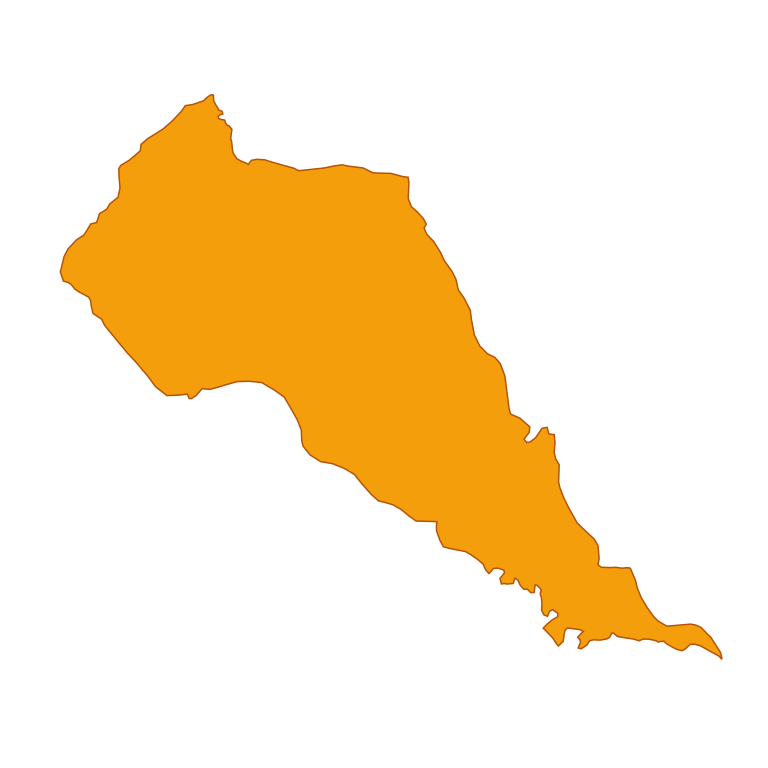 outline of Wedjah, Sinoe, Liberia, rotated 265°
{"feature_id": "62588387B38040387852125", "entity_name": "Wedjah", "entity_type": "district", "adm_level": 2, "iso_a3": "LBR", "parent_name": "Liberia", "parent_adm1": "Sinoe", "projection": "orthographic", "projection_center": [-8.85, 5.295], "detail": "fine", "context": "isolated", "style": "filled", "palette": "amber", "viewbox_px": 768, "rotation_deg": 265, "n_neighbors": 0, "source": "geoboundaries", "source_scale": "gbopen_adm2", "svg_char_len": 3968}
<svg xmlns="http://www.w3.org/2000/svg" viewBox="0 0 768 768"><g transform="rotate(265 384 384)"><path d="M80.7,696.3L81.4,696.7L87.4,695.8L92.0,693.4L100.5,688.9L103.5,687.3L106.3,684.7L113.9,678.6L116.7,673.5L118.1,668.4L118.1,657.7L118.1,650.1L118.1,644.6L120.4,641.4L124.1,636.3L128.5,632.5L131.1,631.0L137.8,627.0L142.1,624.9L148.9,621.6L158.4,618.6L166.5,617.4L179.1,613.3L179.8,610.1L179.8,607.3L179.8,605.0L181.2,598.9L181.4,593.3L182.5,584.5L185.3,581.4L191.3,583.1L204.3,583.1L211.0,580.0L211.9,579.3L216.8,574.8L220.0,571.9L228.6,564.4L244.6,557.2L255.4,553.0L265.7,550.1L271.3,549.4L288.2,551.5L294.6,548.5L300.9,547.6L310.6,549.2L318.7,549.2L319.9,543.9L326.6,542.7L326.1,537.6L317.3,530.4L313.4,524.3L313.4,521.0L316.8,518.7L323.3,524.5L328.6,525.5L338.1,516.4L343.0,507.5L348.8,506.4L357.5,506.1L360.5,506.0L381.5,505.1L394.2,501.6L400.9,496.7L405.1,489.7L413.4,482.8L425.0,478.3L440.5,476.7L449.9,476.4L462.6,471.2L471.2,466.3L473.9,465.9L479.2,465.2L482.3,464.7L489.9,461.7L501.9,454.7L510.3,451.7L519.1,447.2L521.4,446.1L529.2,439.8L534.9,437.8L535.7,437.5L539.6,440.0L545.1,437.8L552.7,432.0L558.3,426.7L566.6,424.3L582.6,426.4L587.9,426.0L588.1,424.8L589.0,420.8L593.2,409.2L594.4,398.7L595.3,391.5L601.0,382.1L602.1,377.2L604.2,367.4L606.0,361.4L605.6,353.4L604.4,343.4L603.9,317.7L606.9,312.8L611.5,300.5L615.2,290.7L617.7,284.9L618.9,276.7L618.4,271.4L614.6,267.9L616.1,265.8L618.4,261.3L621.2,257.1L627.5,253.7L632.1,253.4L638.1,253.4L642.3,252.7L650.9,254.7L654.7,252.1L655.3,250.5L657.9,248.9L660.9,248.2L661.8,244.5L663.0,242.4L665.1,242.1L666.7,244.5L666.7,246.8L668.5,246.8L669.9,246.3L671.5,242.8L672.7,242.8L676.9,240.7L680.6,239.1L684.0,239.1L686.6,239.3L687.3,237.3L685.9,234.2L681.8,228.7L679.1,217.7L678.6,210.3L673.6,206.2L664.5,196.0L657.2,185.9L648.9,169.8L643.9,162.9L637.5,161.5L629.3,150.0L624.7,140.8L621.5,138.5L613.3,138.1L602.3,138.1L593.2,135.3L587.3,126.5L582.2,122.9L578.6,115.5L569.9,111.8L569.0,105.8L562.6,101.2L558.5,98.0L554.4,90.2L546.1,81.0L538.8,76.4L523.7,71.3L522.8,71.6L519.4,72.4L514.4,73.6L512.7,78.3L510.3,81.2L505.6,84.2L502.4,88.0L496.3,97.4L492.8,98.9L487.2,99.2L479.6,100.3L473.2,108.3L467.0,110.7L462.6,113.6L445.4,125.4L436.9,131.3L427.4,138.8L411.9,149.7L401.3,156.1L391.4,166.7L390.8,178.5L391.1,187.3L386.5,188.6L386.2,190.7L388.7,195.6L395.2,202.4L393.8,210.2L395.3,218.3L397.4,228.3L399.2,237.9L398.5,248.9L398.4,250.4L397.2,256.7L396.1,262.3L387.6,274.2L386.9,275.0L379.6,283.5L366.1,289.9L361.6,291.9L355.7,294.6L345.2,297.6L334.8,297.1L331.2,297.6L329.1,298.0L319.8,304.1L312.2,314.1L309.2,325.6L303.6,336.7L296.6,346.5L285.3,354.1L275.0,361.8L268.1,368.2L267.2,370.9L265.6,375.5L263.1,382.0L257.7,389.9L249.9,397.9L249.5,398.4L244.7,404.0L242.3,424.6L236.8,423.7L232.9,423.6L223.7,426.0L216.6,429.0L214.3,435.5L210.0,450.5L207.7,453.8L207.0,454.9L201.3,461.7L196.0,467.0L190.0,469.1L186.0,472.0L188.1,474.4L190.7,477.0L190.7,481.4L188.1,487.2L185.2,487.5L180.3,482.6L174.6,483.5L174.7,486.5L174.0,489.1L174.0,495.4L179.1,497.4L177.2,500.2L173.2,501.6L171.4,502.3L167.2,505.6L167.2,508.9L163.4,511.9L163.2,515.4L170.7,517.1L170.2,518.9L166.7,521.7L165.0,522.7L161.5,521.3L157.5,522.2L151.4,522.2L144.8,521.3L139.9,523.3L138.4,526.6L142.9,529.0L144.6,532.2L140.5,537.1L137.0,536.7L134.4,531.0L130.7,525.7L126.9,521.3L125.1,522.8L122.0,525.4L116.3,529.9L109.5,533.6L107.8,534.9L112.0,540.1L118.4,541.5L122.4,542.7L125.0,545.4L123.5,552.1L122.2,557.8L120.1,561.0L118.5,558.8L114.8,554.8L112.0,557.1L109.4,557.2L104.1,554.4L103.4,556.4L103.0,557.2L106.1,563.2L110.3,566.5L110.9,570.4L110.0,577.0L110.7,584.1L112.1,586.7L116.1,589.4L115.4,591.3L112.1,594.7L110.9,599.1L110.7,599.8L110.3,601.6L108.2,610.1L106.0,615.8L107.3,619.9L106.7,625.8L104.4,633.0L103.0,634.6L103.4,637.1L103.4,640.3L100.6,642.9L96.9,648.1L94.1,652.5L93.5,654.3L92.3,657.8L93.9,661.2L95.8,663.6L97.9,666.1L97.9,670.2L95.3,676.9L89.6,685.1L83.8,693.9L80.7,696.3Z" fill="#f59e0b" stroke="#b45309" stroke-width="1.5"/></g></svg>